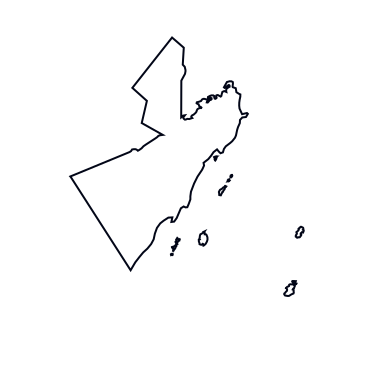 Mersing, Johor, Malaysia (Equal Earth projection), rotated 57°
{"feature_id": "92858781B22606211621135", "entity_name": "Mersing", "entity_type": "district", "adm_level": 2, "iso_a3": "MYS", "parent_name": "Malaysia", "parent_adm1": "Johor", "projection": "equal_earth", "projection_center": [104.05, 2.354], "detail": "fine", "context": "isolated", "style": "outline", "palette": "ink", "viewbox_px": 384, "rotation_deg": 57, "n_neighbors": 0, "source": "geoboundaries", "source_scale": "gbopen_adm2", "svg_char_len": 6049}
<svg xmlns="http://www.w3.org/2000/svg" viewBox="0 0 384 384"><g transform="rotate(57 192 192)"><path d="M72.2,185.3L91.0,180.2L106.8,196.6L128.2,185.4L127.1,187.7L126.6,189.6L127.0,191.2L127.1,193.3L127.1,204.7L127.2,207.8L127.9,210.5L128.0,213.1L127.9,214.9L126.7,215.2L125.5,215.9L124.5,217.3L123.7,219.1L124.5,220.8L124.5,222.6L112.7,285.6L113.5,285.5L224.2,286.1L220.1,277.9L217.9,271.6L216.1,265.8L215.2,260.3L213.4,254.6L210.8,249.9L206.7,245.8L203.0,240.9L201.0,235.7L200.6,231.3L200.6,225.8L202.6,222.3L205.9,225.6L207.1,223.1L205.5,219.0L199.6,210.2L199.6,206.9L201.4,205.8L202.2,204.2L200.2,201.2L197.3,197.4L194.7,195.7L191.2,192.7L186.0,185.6L182.1,179.0L178.8,171.3L176.4,167.5L173.8,166.4L173.3,160.4L171.9,156.0L170.3,152.2L169.9,147.8L172.7,147.5L175.0,147.0L175.6,144.5L173.3,141.8L172.1,138.8L171.7,133.3L171.3,130.6L169.9,126.4L168.5,124.3L164.4,120.2L162.6,118.0L160.3,114.4L157.7,112.5L156.9,109.2L158.5,105.9L156.9,102.6L155.7,102.9L154.0,107.6L147.9,106.7L145.3,105.4L142.8,103.7L140.6,101.8L138.4,99.6L136.5,98.3L135.3,99.1L132.5,100.4L128.8,98.8L126.3,100.7L125.6,100.5L123.5,98.7L122.1,97.9L120.7,98.6L119.6,100.2L118.8,102.8L121.6,108.2L122.5,107.9L122.7,106.0L122.2,104.4L122.3,102.8L123.1,102.5L124.2,103.1L124.1,105.1L124.3,107.0L125.7,108.3L126.8,108.7L124.9,110.0L124.6,112.0L126.5,114.2L127.4,115.0L127.6,116.0L124.8,117.5L124.4,118.2L124.3,119.1L125.4,119.8L126.1,119.9L126.6,120.4L126.6,121.6L126.0,122.1L124.8,121.8L123.5,121.1L122.5,121.6L121.6,123.0L121.2,124.4L121.0,126.8L122.1,127.7L122.9,127.0L123.2,125.0L124.0,124.5L124.8,125.0L125.0,125.9L124.6,127.3L125.1,128.5L125.5,130.1L124.9,130.8L124.3,130.1L124.2,128.9L124.1,128.1L121.6,130.0L120.6,130.9L120.0,131.9L119.9,133.3L120.6,134.8L120.1,137.0L119.4,139.1L120.0,139.8L120.9,139.5L122.0,138.7L124.2,139.2L125.2,138.4L126.3,138.1L126.6,138.6L125.9,139.7L125.6,140.7L125.5,142.2L126.1,143.4L127.1,144.6L127.6,145.9L128.0,148.6L127.8,150.1L128.2,151.4L129.0,151.7L130.1,151.5L129.3,154.6L128.1,156.1L127.9,157.5L127.5,158.5L126.1,159.0L125.4,159.0L124.6,158.5L123.8,156.2L123.1,157.8L123.5,160.4L92.8,140.3L89.1,133.5L87.2,131.7L86.1,131.0L83.0,129.9L80.2,130.4L66.5,120.3L51.6,124.6L72.2,185.3ZM231.9,202.9L231.7,204.4L232.1,204.5L232.3,205.2L232.1,208.1L233.2,209.4L234.4,210.3L235.0,211.1L235.9,211.2L235.7,211.7L235.7,212.3L237.3,213.2L239.0,213.6L239.8,214.1L240.4,213.8L241.3,213.0L241.5,212.5L241.3,211.2L241.7,211.0L243.2,211.6L243.3,210.9L242.9,208.7L241.7,206.5L240.8,205.4L240.2,204.8L238.3,203.7L235.9,203.2L235.2,203.3L234.4,204.4L233.2,203.6L232.2,203.6L231.9,202.9ZM328.3,160.0L328.5,159.8L328.5,159.3L328.3,158.8L327.8,158.4L327.2,157.3L326.4,156.7L326.2,156.4L325.7,156.2L325.5,156.6L325.8,157.1L324.3,157.8L324.0,158.4L322.9,159.8L322.7,160.5L322.7,161.0L323.7,161.8L323.7,162.6L323.4,163.5L323.5,164.5L323.7,164.9L323.6,165.4L323.8,165.6L324.3,165.2L325.3,165.2L326.2,165.8L326.7,166.5L326.7,166.9L326.9,167.9L327.3,168.7L327.4,169.9L328.1,170.4L329.5,170.3L331.2,168.5L331.8,167.6L332.0,167.0L332.0,166.4L332.0,164.3L332.4,162.2L331.9,161.5L331.6,161.3L331.1,161.2L330.4,160.6L329.5,160.2L328.7,160.7L328.3,160.0ZM283.4,118.6L282.6,118.3L282.0,118.5L281.6,118.9L280.9,119.1L280.4,119.8L280.5,120.3L280.5,121.0L280.8,121.3L280.8,121.7L280.7,122.0L280.9,122.5L281.0,122.9L281.7,122.9L282.1,123.6L282.4,124.8L282.4,126.1L282.9,126.5L283.2,126.4L283.9,126.6L284.4,127.2L284.5,127.8L284.8,128.0L285.0,128.6L285.5,128.8L285.6,129.1L286.0,129.3L286.9,128.8L287.3,128.9L287.6,128.7L287.5,128.3L287.8,127.5L288.3,127.2L288.6,126.2L288.3,125.4L288.1,125.1L288.1,124.7L287.9,124.5L287.8,124.2L287.5,124.1L287.5,123.7L287.4,123.6L286.9,123.4L286.5,123.6L286.4,123.5L286.2,123.6L285.9,123.3L285.8,122.8L286.0,122.5L286.0,122.0L285.6,121.7L285.9,120.9L286.3,120.7L286.0,120.4L285.9,120.0L285.2,119.3L284.9,119.3L284.5,119.5L284.1,119.6L284.0,119.3L284.1,119.1L284.0,118.9L283.7,118.9L283.4,118.6ZM205.7,160.4L204.9,160.9L204.9,161.1L205.2,161.5L205.4,162.1L205.2,163.2L205.6,165.3L205.6,166.0L205.4,166.6L205.5,167.5L206.5,169.3L206.7,169.5L207.2,169.6L209.4,170.8L210.1,170.1L210.5,169.6L210.2,169.1L209.8,168.7L209.5,168.0L209.3,167.9L209.0,167.0L208.6,166.7L208.7,165.8L208.0,165.0L207.7,164.1L207.6,163.6L207.3,163.0L206.2,161.8L206.1,161.5L206.2,160.8L206.0,160.7L205.7,160.8L205.7,160.4ZM225.0,228.0L224.8,228.0L224.7,228.8L224.5,229.3L223.3,229.2L222.5,229.4L223.4,231.3L223.7,231.3L224.5,231.9L224.7,232.9L224.9,233.0L225.2,232.7L226.0,233.2L227.0,233.4L227.3,233.7L227.8,235.7L227.8,236.9L227.0,239.6L227.9,238.5L228.7,238.3L228.9,238.6L229.1,238.5L229.2,238.8L229.4,238.7L229.5,238.9L230.1,238.9L230.6,239.3L230.8,239.8L231.0,240.0L231.2,239.9L231.2,239.3L230.9,238.9L230.6,238.9L230.4,238.7L230.5,238.3L230.4,238.2L230.5,237.8L230.1,236.7L229.4,235.9L228.8,234.5L228.3,234.6L227.9,234.2L227.6,233.2L227.6,232.9L227.7,232.7L226.8,232.4L226.6,232.2L226.5,231.8L226.2,231.4L225.6,230.2L225.6,229.7L225.9,229.1L225.0,228.0ZM323.7,154.5L323.7,154.0L323.3,153.5L321.5,156.0L321.4,156.5L321.7,156.8L322.3,156.8L322.7,156.6L323.1,156.6L323.3,156.7L324.2,156.6L324.9,155.7L325.9,155.2L326.0,154.8L325.7,154.3L325.0,155.0L324.1,155.0L323.7,154.5ZM176.8,153.7L176.8,153.4L176.4,152.8L176.3,152.2L175.9,152.0L175.7,151.9L175.7,151.7L175.2,152.3L175.3,152.8L174.9,153.4L174.7,154.5L175.5,154.6L176.2,154.3L176.4,154.4L176.8,155.2L177.5,155.2L177.9,155.5L178.3,155.4L178.1,154.8L177.5,153.7L177.2,153.9L176.8,153.7ZM199.8,149.7L199.4,149.3L199.2,149.6L199.3,150.0L199.2,150.5L199.6,151.0L200.0,151.2L200.1,151.5L200.5,151.7L201.0,151.5L201.0,150.8L200.9,150.5L200.7,149.8L200.4,149.6L200.2,149.4L199.8,149.7ZM202.5,154.1L201.7,153.9L201.7,154.0L201.3,154.7L201.3,154.9L201.6,155.3L201.6,155.6L201.8,155.8L202.2,155.9L202.3,156.1L202.4,155.7L202.9,155.8L203.0,155.6L203.1,155.0L202.7,154.5L202.6,154.4L202.7,154.1L202.5,154.1ZM234.2,242.9L234.3,242.7L234.2,242.5L233.8,242.1L233.3,241.9L233.2,242.5L232.6,243.0L232.7,243.5L232.9,243.5L233.2,243.8L233.5,243.9L233.6,243.2L234.0,242.9L234.2,242.9Z" fill="none" stroke="#020617" stroke-width="2"/></g></svg>